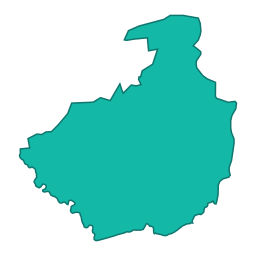 Ararat, Ararat, Armenia (Albers equal-area conic projection)
{"feature_id": "60910142B39713480261045", "entity_name": "Ararat", "entity_type": "district", "adm_level": 2, "iso_a3": "ARM", "parent_name": "Armenia", "parent_adm1": "Ararat", "projection": "albers", "projection_center": [44.799, 39.943], "detail": "fine", "context": "isolated", "style": "filled", "palette": "teal", "viewbox_px": 256, "rotation_deg": 0, "n_neighbors": 0, "source": "geoboundaries", "source_scale": "gbopen_adm2", "svg_char_len": 4781}
<svg xmlns="http://www.w3.org/2000/svg" viewBox="0 0 256 256"><path d="M128.5,30.6L124.3,39.9L126.7,40.3L134.0,39.1L147.4,37.8L148.6,50.8L157.6,49.2L152.7,64.2L142.2,70.8L140.6,76.9L139.0,76.9L138.6,79.3L141.0,84.6L136.2,85.9L131.3,85.0L123.2,93.2L122.0,90.4L119.9,83.9L110.2,100.6L100.5,97.7L93.2,102.2L71.7,103.1L67.7,113.7L58.0,125.1L51.5,131.6L45.9,132.0L41.8,134.5L36.9,134.1L28.0,138.6L29.7,148.0L20.4,148.9L20.3,149.6L20.2,150.6L20.4,151.7L20.4,152.3L20.3,153.5L20.2,153.9L19.8,154.6L19.5,155.6L19.8,156.5L20.1,157.5L20.8,158.4L21.3,158.8L22.0,159.5L23.0,160.0L23.7,160.7L24.0,161.6L24.4,162.7L24.9,163.6L25.5,164.1L26.4,164.5L27.0,164.7L27.5,164.9L27.8,165.5L28.1,166.2L28.4,166.9L29.0,167.5L29.9,167.7L30.6,167.6L31.3,167.1L31.9,166.9L32.6,167.3L33.2,167.7L33.8,168.1L34.6,168.3L35.1,169.1L35.4,169.9L35.7,171.0L35.7,171.3L35.7,172.0L36.0,172.8L36.6,173.8L36.4,174.8L36.6,176.4L36.6,177.4L35.9,178.5L34.9,179.7L34.3,181.0L34.1,181.8L34.2,182.4L34.8,183.1L35.2,183.8L35.5,184.4L35.6,185.3L35.7,185.8L36.2,186.3L37.0,186.8L38.1,187.4L39.0,187.8L39.8,187.6L40.4,187.1L40.7,186.8L41.1,186.6L41.7,185.6L42.3,184.8L43.0,184.1L44.0,184.2L45.0,184.6L45.7,185.1L45.8,185.3L46.2,186.1L46.2,187.1L45.7,187.9L45.4,188.8L44.2,189.3L43.2,189.7L42.7,190.2L42.8,191.2L43.5,191.7L44.4,192.0L45.9,191.7L46.5,191.6L46.9,191.5L47.8,191.4L48.7,191.6L49.4,192.1L49.7,192.9L50.2,193.7L50.5,194.2L50.5,194.4L51.0,195.2L51.9,195.6L52.8,196.1L53.8,196.4L54.3,196.5L54.9,196.6L55.1,196.8L55.8,197.4L56.9,198.1L57.5,199.1L58.0,200.2L58.4,201.2L59.1,202.0L59.4,202.6L60.1,202.9L60.9,203.0L62.0,202.9L62.7,202.6L63.2,202.3L63.4,202.2L64.3,202.1L65.2,202.4L65.7,203.0L66.6,203.9L67.3,204.5L67.9,204.5L67.9,204.4L68.1,204.2L68.2,203.1L68.5,202.3L68.5,201.5L68.9,200.8L70.1,200.3L70.7,200.2L71.6,200.4L72.4,200.9L73.1,201.4L73.7,201.8L73.9,202.0L74.8,202.8L74.9,203.4L74.7,204.4L73.9,205.1L72.9,205.5L71.8,206.0L71.2,206.7L71.0,208.3L70.8,209.2L70.5,210.3L70.6,211.1L71.0,211.9L71.4,212.4L72.0,212.9L72.4,213.1L73.0,213.1L73.9,212.9L74.5,212.5L75.2,212.4L75.7,212.3L77.1,212.3L78.3,212.4L79.7,212.9L79.9,213.4L79.9,213.5L80.2,214.3L80.4,215.3L80.8,216.0L81.1,216.8L81.4,217.9L81.5,219.1L81.9,220.8L82.1,221.6L82.4,222.4L82.7,223.0L83.0,223.9L83.5,224.5L83.8,225.2L84.0,225.9L84.2,226.9L85.0,227.3L85.8,227.7L86.5,227.7L87.4,227.4L88.2,226.8L88.6,226.3L88.6,226.2L89.2,225.4L89.8,225.1L90.6,225.2L91.7,225.6L92.6,226.0L92.9,226.7L92.9,227.7L92.8,228.9L92.7,229.1L92.5,229.9L92.4,231.0L92.6,231.8L92.8,232.6L93.3,232.9L94.0,233.4L94.6,233.9L94.8,234.5L94.7,235.2L94.5,236.2L94.1,237.3L94.1,238.1L94.2,239.5L94.8,239.9L95.4,240.4L96.1,240.6L97.4,240.5L98.4,240.3L99.1,240.1L99.7,239.9L101.5,239.5L104.6,238.6L108.2,237.6L110.2,237.0L112.5,236.4L118.1,234.5L122.7,233.3L123.2,233.1L124.1,233.0L125.1,232.5L125.6,232.4L126.4,231.9L127.1,231.8L127.7,231.9L128.7,232.0L129.9,231.9L130.4,231.7L131.4,231.3L132.6,230.5L133.8,229.9L134.8,229.9L135.8,230.2L137.1,230.2L137.8,230.0L138.5,230.0L139.6,230.2L140.8,230.0L142.1,229.7L143.2,229.4L143.7,228.7L144.3,227.5L145.1,226.3L145.5,225.3L146.0,224.3L146.5,223.8L147.3,223.8L147.9,224.1L148.4,224.7L149.2,225.4L149.7,226.2L150.2,226.3L151.3,226.2L152.0,226.6L153.0,227.2L153.4,228.2L153.6,229.2L153.6,229.3L153.6,230.4L153.6,231.4L153.7,232.4L154.0,233.3L154.3,233.7L154.8,233.7L155.5,233.1L156.2,233.2L156.9,233.8L157.4,233.9L158.2,233.8L158.8,234.2L159.9,234.3L160.6,234.5L161.5,234.7L162.2,235.0L163.5,235.4L164.5,235.6L165.5,235.6L166.7,235.4L168.1,234.6L169.0,234.2L170.1,233.8L171.0,233.8L171.9,233.3L173.2,232.6L174.5,232.0L175.6,231.2L176.7,230.5L177.7,229.7L179.0,228.7L180.7,227.4L182.5,225.9L184.9,224.9L186.3,224.1L187.8,223.8L189.2,223.7L190.1,223.5L190.7,223.1L191.4,222.9L192.7,223.0L192.2,221.7L192.3,220.9L192.6,219.5L193.6,218.3L193.8,217.6L193.8,216.8L194.3,216.3L195.3,215.3L196.3,215.0L197.1,214.8L198.1,214.4L198.8,214.0L199.4,214.3L200.4,214.5L201.3,214.4L202.2,213.6L203.2,212.6L203.9,211.7L203.9,211.0L203.9,210.1L204.3,209.1L204.4,208.3L205.2,207.2L206.3,207.1L207.2,206.3L207.6,205.5L207.8,204.5L207.7,203.6L208.3,203.0L209.0,202.9L210.0,202.6L211.0,202.3L212.4,201.6L212.9,201.0L213.5,201.9L213.8,202.8L214.4,203.6L215.4,203.8L215.9,204.0L216.6,202.1L218.0,195.1L218.3,185.0L219.8,181.4L223.0,178.8L228.8,177.2L230.2,175.2L229.2,170.9L229.2,167.3L231.5,160.5L234.0,143.6L234.0,138.9L231.6,133.0L230.7,128.1L230.7,120.9L230.7,120.7L232.0,115.3L235.8,108.8L236.5,103.0L235.8,102.3L234.9,101.4L228.2,102.3L220.5,99.6L216.8,98.5L215.4,96.5L215.5,86.8L215.5,82.4L207.5,79.0L202.8,75.7L196.7,67.8L196.1,63.2L196.6,60.6L200.7,54.4L200.8,51.9L198.4,49.7L193.2,45.7L198.2,40.2L200.2,35.0L200.9,30.7L200.2,23.3L198.3,18.1L183.0,15.4L170.2,15.4L163.9,19.4L139.1,26.0L136.2,27.3L128.5,30.6Z" fill="#14b8a6" stroke="#0f766e" stroke-width="1.5"/></svg>